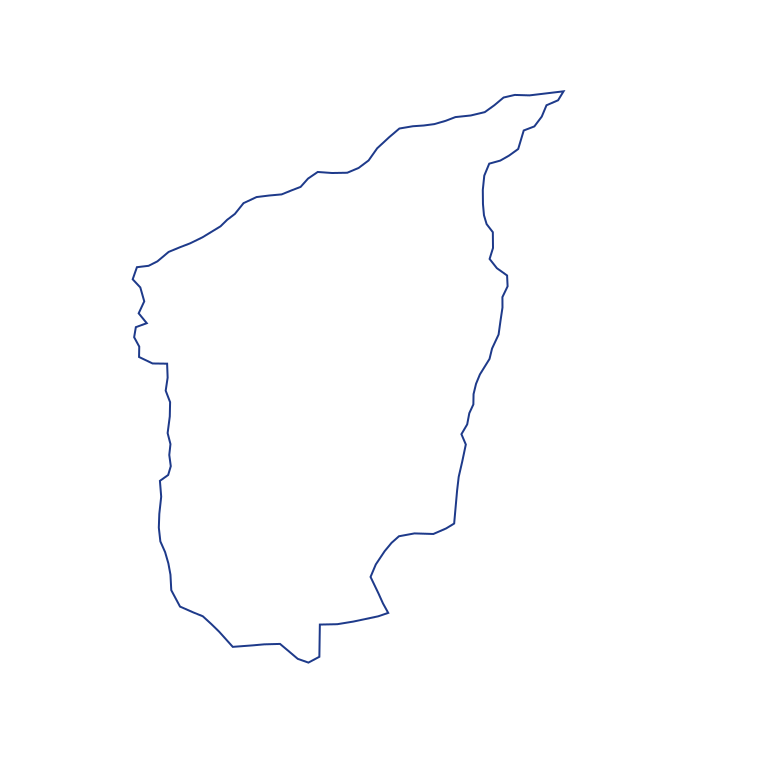 the district of Conde, Paraíba, Brazil, rotated 249°
{"feature_id": "56859067B62931681450845", "entity_name": "Conde", "entity_type": "district", "adm_level": 2, "iso_a3": "BRA", "parent_name": "Brazil", "parent_adm1": "Paraíba", "projection": "orthographic", "projection_center": [-34.854, -7.298], "detail": "fine", "context": "isolated", "style": "outline", "palette": "blue", "viewbox_px": 768, "rotation_deg": 249, "n_neighbors": 0, "source": "geoboundaries", "source_scale": "gbopen_adm2", "svg_char_len": 1750}
<svg xmlns="http://www.w3.org/2000/svg" viewBox="0 0 768 768"><g transform="rotate(249 384 384)"><path d="M412.9,522.0L422.7,525.7L430.9,534.4L441.2,537.8L451.6,530.9L462.9,527.4L471.9,534.5L486.7,540.0L496.5,537.1L505.7,537.8L516.6,540.9L529.8,545.8L542.6,552.3L552.0,561.2L550.9,572.6L552.4,582.5L555.3,593.5L570.6,605.3L570.6,616.7L577.1,627.1L586.0,635.6L586.5,648.2L592.9,656.5L601.3,623.3L607.0,609.7L608.6,598.3L604.7,586.9L601.7,575.5L603.6,561.2L607.6,546.3L607.6,535.9L608.6,524.1L611.1,513.7L614.3,503.3L617.0,489.9L612.6,477.4L606.5,462.1L598.2,449.7L594.8,437.7L594.4,425.4L599.6,411.1L605.7,398.1L603.0,386.7L597.9,376.8L597.9,366.8L597.7,356.4L601.1,344.4L604.2,332.0L603.2,317.7L596.2,305.7L593.5,296.4L589.8,287.9L586.0,267.1L584.8,253.3L584.8,242.7L584.5,230.3L579.7,216.4L578.7,206.6L581.6,195.2L571.8,186.9L561.5,191.1L547.1,189.8L537.9,180.3L525.8,184.3L526.0,172.7L517.2,167.5L506.6,168.9L497.0,165.0L486.1,175.3L480.7,188.8L467.5,184.3L456.0,177.8L443.7,177.8L430.5,172.4L415.7,164.4L404.4,163.1L394.7,158.1L383.7,155.5L376.4,149.9L373.9,140.1L358.6,135.6L343.3,127.7L330.6,122.3L317.2,118.8L305.5,119.4L293.8,118.4L282.5,116.3L267.7,111.5L249.3,113.8L239.0,124.2L232.1,131.6L221.7,136.8L211.9,141.3L192.8,148.6L187.0,167.9L183.9,178.8L178.6,193.8L158.3,205.0L151.0,213.6L152.5,225.9L182.4,237.9L176.5,254.3L173.2,270.2L169.2,295.3L168.8,305.9L179.6,304.4L190.3,303.8L208.7,302.3L218.5,311.7L227.7,324.7L233.0,334.1L236.5,343.4L233.6,358.9L226.3,376.3L226.9,390.2L228.6,399.5L258.2,414.0L270.6,420.5L283.5,429.2L298.2,438.7L309.4,438.3L316.5,447.2L326.2,453.2L332.9,460.1L342.5,464.0L351.2,470.0L358.6,477.0L369.6,491.5L378.4,497.6L389.1,508.7L401.6,515.6L412.9,522.0Z" fill="none" stroke="#1e3a8a" stroke-width="2"/></g></svg>